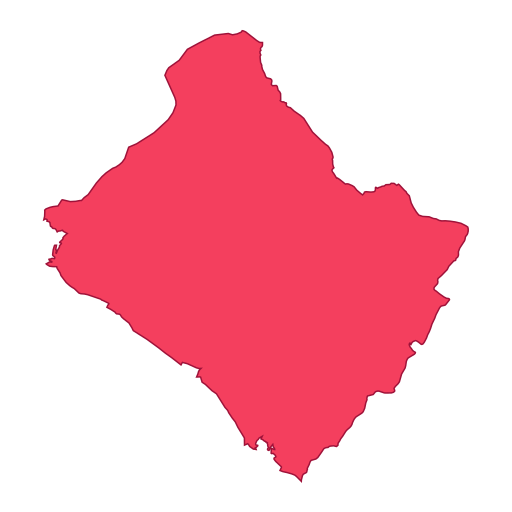 Chibed, Mures, Romania
{"feature_id": "2599482B68671964620043", "entity_name": "Chibed", "entity_type": "district", "adm_level": 2, "iso_a3": "ROU", "parent_name": "Romania", "parent_adm1": "Mures", "projection": "equal_earth", "projection_center": [24.976, 46.536], "detail": "fine", "context": "isolated", "style": "filled", "palette": "rose", "viewbox_px": 512, "rotation_deg": 0, "n_neighbors": 0, "source": "geoboundaries", "source_scale": "gbopen_adm2", "svg_char_len": 5976}
<svg xmlns="http://www.w3.org/2000/svg" viewBox="0 0 512 512"><path d="M307.4,469.5L307.3,469.1L307.3,468.3L309.1,464.7L310.0,462.1L310.9,460.6L311.4,460.3L315.9,459.0L317.8,457.5L321.4,452.4L323.9,448.6L325.7,447.7L328.1,447.4L329.1,446.5L330.4,446.1L333.7,445.8L336.4,446.5L336.9,446.3L337.3,445.6L337.9,445.3L338.1,443.2L339.7,440.8L340.7,438.8L342.6,436.3L345.7,431.4L347.1,429.8L349.8,427.5L351.1,426.0L352.0,424.3L352.5,422.6L353.8,419.8L354.6,418.5L356.1,416.8L362.0,413.0L363.2,411.7L364.7,408.2L365.8,402.8L367.0,399.7L366.8,398.4L367.3,396.4L367.5,396.0L373.2,394.5L375.5,391.7L377.4,391.1L378.9,391.1L384.3,392.9L386.0,393.0L391.4,392.9L393.4,392.3L394.6,391.3L394.7,390.4L394.1,388.8L394.1,388.2L395.4,386.4L398.1,383.7L399.4,381.8L401.6,374.0L405.1,368.0L405.7,365.7L406.3,361.5L406.9,359.9L407.8,358.3L408.7,357.6L414.5,354.1L415.2,353.2L415.4,352.5L415.2,352.2L413.9,351.5L412.5,350.3L411.6,348.9L410.0,346.8L409.2,344.8L409.5,343.4L409.8,343.1L410.4,343.3L410.7,344.5L410.9,344.6L412.1,342.4L413.2,341.5L415.4,340.6L416.4,340.8L418.5,342.1L421.2,344.3L421.9,344.4L423.1,343.8L424.4,342.0L426.5,338.0L427.6,334.9L429.3,331.6L430.6,328.3L432.0,323.9L434.7,318.3L436.0,314.7L439.7,307.6L440.9,306.3L441.4,306.0L445.0,305.2L445.7,304.6L449.4,299.9L449.5,299.5L449.1,298.8L448.4,298.5L446.5,298.3L444.0,297.0L439.3,293.7L436.2,291.1L435.0,290.4L434.0,289.3L434.0,288.0L434.4,287.1L437.4,283.8L437.7,283.1L437.9,281.7L437.6,280.3L438.0,278.5L441.5,275.5L447.2,269.6L448.8,266.3L453.5,261.2L454.1,260.7L454.8,260.7L455.6,260.3L456.1,258.4L457.6,257.2L458.1,256.3L458.5,255.0L458.4,251.7L459.8,248.0L464.4,241.0L464.9,239.8L465.5,236.7L467.2,234.5L467.7,233.3L468.2,231.1L468.2,228.9L467.8,227.1L466.1,225.9L461.0,223.3L455.5,222.0L450.2,221.2L445.5,220.8L441.6,220.9L439.2,220.4L436.2,218.9L433.4,218.5L429.1,216.8L422.6,216.4L418.8,215.1L416.4,212.1L413.3,207.2L411.2,203.0L409.3,195.8L406.9,193.4L406.0,191.6L404.6,190.5L399.3,184.8L398.4,184.2L396.8,185.4L394.1,183.4L391.2,183.3L389.9,184.5L385.9,184.7L384.2,186.0L382.0,186.3L380.6,187.0L378.8,187.5L377.6,188.3L377.1,188.3L376.8,187.7L375.8,187.3L375.4,187.8L375.4,189.7L375.1,190.9L373.9,191.8L370.9,192.1L366.0,191.7L364.5,192.1L363.9,193.5L362.6,194.9L360.8,193.6L356.8,190.2L354.1,186.8L352.2,185.6L348.5,184.0L346.9,183.8L345.4,184.1L339.7,179.5L337.4,178.0L336.9,178.3L336.5,178.0L333.7,173.4L332.5,171.9L332.0,170.4L332.0,169.9L332.5,169.1L333.9,167.8L333.8,167.4L333.4,167.0L332.7,164.1L332.6,160.5L332.3,159.6L332.3,159.0L333.0,157.8L333.0,156.8L331.8,152.3L329.4,147.9L327.9,145.9L325.5,144.3L320.8,140.1L312.5,132.1L303.8,118.4L300.7,115.7L294.1,111.1L290.4,107.7L288.4,107.2L286.6,106.0L286.2,104.6L286.5,103.6L286.1,102.8L284.9,102.7L283.8,101.9L282.4,101.9L280.9,101.2L280.2,100.6L280.7,99.6L280.6,93.7L279.7,91.9L278.1,90.1L277.2,86.3L276.2,85.5L272.6,85.7L271.7,85.0L271.3,84.3L271.9,81.0L271.6,79.8L270.6,78.8L266.9,77.9L265.7,76.7L264.6,73.5L262.5,69.5L261.7,66.1L261.8,65.3L260.6,62.5L260.1,57.5L260.1,56.1L260.8,55.0L260.0,53.1L260.0,51.3L260.9,50.4L260.4,48.9L261.0,47.4L262.0,46.6L262.5,45.2L262.5,42.5L259.7,42.4L256.8,40.6L245.7,31.9L243.4,30.9L242.2,30.7L241.1,32.2L237.2,33.9L232.5,34.8L228.3,33.5L214.6,35.1L199.0,43.0L187.4,49.3L179.2,60.3L168.8,67.7L166.9,70.5L164.9,75.3L174.8,97.4L175.9,101.1L176.0,105.0L173.0,112.7L168.2,119.7L154.1,132.7L136.6,143.8L128.7,147.2L124.8,158.6L122.1,162.3L119.4,164.7L115.8,167.1L112.7,168.3L106.1,172.9L102.0,176.6L96.4,183.0L88.2,194.6L84.2,197.6L81.5,200.5L80.2,200.5L75.7,201.3L70.3,201.6L62.5,199.8L61.7,200.1L58.0,206.0L53.1,206.6L50.1,207.3L46.0,208.9L44.7,210.1L44.8,211.4L44.6,216.3L43.8,219.8L45.6,218.9L46.9,219.5L47.2,220.0L46.9,221.1L49.3,221.9L49.9,222.6L50.4,226.0L50.8,226.5L51.5,226.6L52.3,227.9L52.9,228.4L55.1,228.7L55.9,229.4L57.2,231.9L58.4,231.1L60.5,230.9L62.1,230.3L62.6,230.3L63.1,231.2L67.3,233.5L64.1,236.2L62.9,237.8L63.0,238.7L62.6,239.4L59.7,242.2L59.7,242.6L59.9,242.7L60.3,242.4L61.4,243.3L61.2,243.8L59.5,245.8L59.5,247.0L57.5,250.3L56.4,253.2L55.9,253.0L55.9,252.8L56.5,251.1L56.6,250.2L55.7,249.7L56.5,245.2L54.8,245.2L54.4,245.7L53.2,249.8L52.6,254.9L52.9,255.6L54.6,256.9L54.8,257.5L54.7,258.3L54.3,258.7L53.3,258.4L51.9,258.4L50.6,259.0L49.0,259.2L48.9,259.5L49.1,259.9L50.0,260.7L51.7,261.5L51.9,261.8L51.8,262.1L51.5,262.2L49.9,261.9L49.3,262.1L46.2,263.9L46.8,264.5L49.6,266.2L52.8,266.6L56.7,266.7L56.9,267.7L57.3,268.6L60.0,272.8L61.0,275.6L66.2,282.5L69.8,285.7L72.1,287.3L74.3,288.6L79.0,293.1L80.8,293.7L84.5,294.0L87.7,294.7L96.5,297.7L100.6,299.1L101.8,300.1L103.0,300.5L107.9,302.9L108.8,303.5L108.8,303.9L107.8,305.3L106.9,307.3L110.8,309.4L115.0,312.1L115.6,313.0L116.5,313.8L119.6,314.2L120.4,314.9L121.6,316.9L123.6,318.8L129.0,323.0L132.2,328.3L132.9,329.9L133.4,330.7L147.0,339.3L158.5,347.7L165.3,353.1L171.5,357.5L181.0,364.9L182.4,362.4L187.4,363.7L196.4,367.8L199.1,368.5L201.0,368.4L199.5,369.9L198.6,371.4L197.9,373.9L196.6,377.0L199.9,376.9L200.6,377.1L202.1,382.2L205.4,384.4L212.0,390.7L216.5,393.8L225.0,407.4L227.7,410.4L228.7,412.7L232.3,418.1L235.3,421.9L237.9,427.3L244.4,437.9L244.5,445.1L247.7,443.7L249.2,445.5L249.6,446.4L253.4,449.1L253.6,449.0L256.2,449.5L256.1,449.1L255.0,448.2L255.2,447.8L256.2,447.4L257.8,445.8L257.7,445.3L256.1,445.0L255.7,444.5L255.6,444.0L255.8,443.0L256.9,440.6L258.4,439.2L258.8,438.4L259.2,438.0L262.2,436.3L261.0,438.9L262.9,439.8L264.4,441.1L265.4,441.4L265.7,442.0L266.5,442.1L267.4,442.8L267.1,443.3L267.7,444.3L267.7,445.8L268.5,447.7L267.7,448.6L267.5,449.2L267.6,449.7L268.1,450.2L268.9,450.4L269.5,449.8L270.2,447.5L272.8,444.4L273.3,446.8L274.5,448.4L274.7,449.5L274.2,449.5L271.4,448.3L271.1,453.2L271.6,453.6L273.2,453.4L275.4,455.4L275.9,456.8L274.0,458.2L274.1,459.3L275.7,461.4L281.4,466.8L281.4,467.4L280.0,470.5L282.8,471.6L287.3,472.6L291.8,473.9L294.8,475.1L296.3,476.3L301.3,481.3L301.4,479.8L302.5,475.5L303.3,474.2L306.4,472.5L306.8,471.8L306.9,470.7L307.4,469.5Z" fill="#f43f5e" stroke="#9f1239" stroke-width="1.5"/></svg>